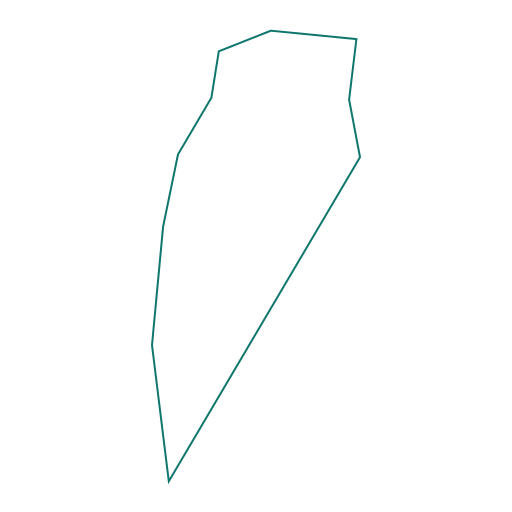 Montegiardino, Mercator projection
{"feature_id": "SMR-4889", "entity_name": "Montegiardino", "entity_type": "state/province", "adm_level": 1, "iso_a3": "SMR", "parent_name": "San Marino", "parent_adm1": "", "projection": "mercator", "projection_center": [12.471, 43.912], "detail": "fine", "context": "isolated", "style": "outline", "palette": "teal", "viewbox_px": 512, "rotation_deg": 0, "n_neighbors": 0, "source": "natural_earth", "source_scale": "10m", "svg_char_len": 253}
<svg xmlns="http://www.w3.org/2000/svg" viewBox="0 0 512 512"><path d="M356.4,39.1L349.1,99.6L360.0,157.2L168.8,481.3L152.0,345.1L163.1,226.6L178.0,154.4L211.4,97.7L218.8,51.3L270.8,30.7L356.4,39.1Z" fill="none" stroke="#0f766e" stroke-width="2"/></svg>